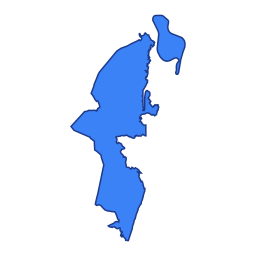 the district of Central 1 Mahe, Seychelles
{"feature_id": "34574756B27990728867894", "entity_name": "Central 1 Mahe", "entity_type": "district", "adm_level": 2, "iso_a3": "SYC", "parent_name": "Seychelles", "parent_adm1": "", "projection": "equal_earth", "projection_center": [55.458, -4.627], "detail": "fine", "context": "isolated", "style": "filled", "palette": "blue", "viewbox_px": 256, "rotation_deg": 0, "n_neighbors": 0, "source": "geoboundaries", "source_scale": "gbopen_adm2", "svg_char_len": 5815}
<svg xmlns="http://www.w3.org/2000/svg" viewBox="0 0 256 256"><path d="M154.6,42.4L153.6,41.3L153.3,41.6L152.5,40.8L151.2,40.1L148.9,36.1L148.8,35.1L147.4,34.9L145.3,33.0L144.9,33.2L143.7,35.4L142.6,35.8L141.3,35.9L140.8,35.7L139.8,33.6L139.4,33.6L139.2,34.2L139.9,36.4L141.6,37.7L141.8,38.2L141.3,39.5L140.9,40.1L140.1,40.7L139.2,39.8L136.4,41.4L131.3,43.7L127.5,45.9L121.0,48.3L116.9,51.0L99.5,72.0L98.1,74.5L96.2,79.5L94.3,84.0L93.8,86.3L91.7,92.0L91.3,92.8L91.2,93.6L92.3,94.8L93.5,96.6L95.1,99.7L96.6,101.4L97.4,100.9L98.5,102.1L98.5,102.8L99.3,104.5L99.8,107.2L99.2,107.5L97.8,108.5L98.0,108.8L96.7,110.2L97.1,110.6L96.5,111.0L95.3,110.4L93.6,110.3L91.1,110.5L88.9,110.3L86.9,111.3L84.6,111.6L71.0,126.5L74.0,130.3L90.2,137.3L90.4,138.3L94.3,141.2L94.7,150.0L96.5,151.1L100.9,154.9L101.5,157.9L103.8,164.9L97.8,193.8L96.7,197.9L95.3,204.2L96.5,205.4L99.1,204.8L101.0,205.6L102.8,207.8L105.1,210.0L107.7,211.0L109.7,211.1L111.2,211.5L114.9,211.9L115.5,213.0L116.7,215.7L117.7,219.0L119.2,220.3L118.4,221.3L118.6,222.1L117.0,221.5L115.4,221.7L114.0,223.1L108.3,225.8L109.4,226.8L112.4,227.4L113.6,226.7L114.3,226.9L115.8,227.8L116.5,228.5L117.8,228.7L119.1,227.9L120.1,228.0L120.0,229.8L120.3,230.8L120.9,231.0L120.9,231.8L122.1,231.8L122.3,232.5L121.5,233.0L120.6,235.3L121.1,236.2L121.8,236.9L121.9,237.5L122.0,236.7L121.6,235.9L121.4,235.1L121.8,234.8L123.0,235.1L123.0,235.5L122.2,235.4L122.3,236.0L123.4,236.5L125.4,238.8L125.7,240.3L128.3,240.6L132.2,228.8L132.6,225.9L133.7,223.0L134.1,220.6L135.2,218.6L136.2,214.5L138.0,209.9L138.1,208.6L140.3,204.7L141.1,203.9L141.6,201.0L142.0,200.5L142.6,198.7L143.8,193.7L144.7,191.1L144.9,188.5L144.1,188.6L143.8,187.2L143.3,185.7L142.6,182.4L141.8,181.1L141.0,181.6L140.6,180.9L140.3,179.5L139.9,178.9L139.4,177.7L138.6,176.0L139.1,175.5L139.2,175.1L139.1,173.7L138.9,173.2L138.1,172.6L137.7,171.9L139.2,172.3L139.9,173.0L141.2,173.0L139.8,171.7L138.9,170.2L138.1,169.4L135.3,167.8L134.1,168.7L132.0,167.3L131.0,169.1L129.6,168.1L129.1,167.6L128.2,167.3L127.3,167.4L126.4,166.8L125.5,161.7L125.9,160.9L126.1,160.0L126.2,158.2L126.0,157.5L124.7,156.6L124.4,157.1L123.9,157.3L123.5,157.2L123.3,156.8L123.1,155.3L122.5,154.6L121.3,153.5L120.6,152.4L120.5,151.6L120.5,151.2L121.3,150.4L121.3,150.0L121.6,149.5L124.1,148.8L124.5,148.5L124.6,148.1L124.1,147.3L122.5,146.2L121.4,144.0L120.9,143.6L119.7,143.1L118.5,142.4L117.6,143.5L116.7,143.0L116.3,142.1L116.4,141.6L116.9,140.9L116.9,138.6L116.0,137.5L116.1,136.7L120.4,136.1L121.0,135.7L121.7,135.5L122.3,135.5L123.6,135.8L125.2,135.6L125.7,135.2L126.2,135.4L126.8,135.1L128.9,136.6L129.3,136.5L129.8,137.0L130.5,136.6L131.3,137.5L133.1,138.1L134.1,138.2L134.6,137.8L134.9,136.9L134.8,136.5L135.2,135.9L135.8,136.3L136.1,136.0L136.3,135.4L136.7,135.2L137.3,135.8L138.5,136.1L139.0,135.8L140.4,136.1L141.4,135.8L142.6,134.3L144.7,135.6L145.9,135.8L145.8,125.0L145.0,125.2L143.5,125.0L142.1,123.6L141.9,123.1L141.7,123.7L141.7,123.0L140.6,121.6L140.1,121.5L140.4,121.3L140.4,120.1L141.5,118.8L141.4,118.4L141.1,118.4L141.0,118.2L141.4,118.0L141.3,117.8L140.8,118.4L140.6,118.0L140.2,118.4L140.1,118.2L139.6,118.3L139.9,116.9L140.3,116.0L141.2,114.9L142.0,114.3L144.8,114.0L145.6,113.4L147.2,112.9L149.9,113.6L151.2,114.9L153.1,115.0L153.1,114.7L153.7,114.8L154.1,115.2L154.7,115.4L154.8,115.7L156.4,114.6L157.4,110.9L157.3,110.5L157.6,110.2L157.9,110.3L158.7,107.1L158.3,107.0L158.1,106.1L158.1,104.9L157.8,104.8L157.7,105.5L157.4,105.6L156.4,104.9L155.4,104.9L155.0,105.3L154.8,104.9L153.5,106.2L153.7,106.7L152.6,107.0L152.3,106.7L150.0,103.8L149.6,103.2L149.5,102.6L150.2,101.9L150.4,102.1L150.8,101.4L148.8,98.7L148.6,99.0L148.1,98.1L149.8,95.6L149.9,93.0L149.5,92.2L147.3,90.6L146.7,90.6L146.0,91.2L145.4,92.6L144.7,97.4L144.6,109.2L144.2,110.5L142.8,110.5L142.8,110.0L143.9,109.9L143.8,109.2L143.9,108.7L143.7,108.2L143.7,107.7L143.1,107.6L142.9,107.3L142.4,107.3L143.0,107.1L142.9,101.2L142.3,101.0L142.3,100.7L142.9,100.6L142.9,96.3L142.8,96.1L142.3,96.1L142.3,95.9L142.9,95.8L142.9,90.5L145.9,85.5L146.9,82.8L147.4,82.8L147.5,82.6L147.5,82.4L147.1,82.5L147.6,80.5L147.5,80.1L147.3,79.9L146.2,79.9L145.8,78.6L145.6,78.4L145.7,77.2L146.3,77.3L146.3,76.8L146.9,76.8L147.1,76.5L147.1,76.1L147.8,73.9L147.9,72.1L146.4,72.2L146.3,71.5L145.6,70.7L147.8,70.9L148.0,69.1L148.5,67.1L147.2,66.5L147.3,66.2L147.0,66.1L147.2,65.5L147.5,65.5L147.9,65.1L147.9,64.7L147.6,64.5L147.9,64.4L147.9,64.0L147.5,63.8L149.3,62.9L149.2,62.4L149.3,62.2L149.2,61.9L149.3,61.5L149.8,61.0L150.2,61.1L150.5,60.7L150.2,60.0L149.5,60.1L148.9,59.3L148.6,59.2L149.0,59.0L149.0,58.5L148.9,58.3L148.5,58.3L148.4,58.0L148.9,57.9L148.9,57.7L149.6,57.9L149.7,57.5L149.3,57.2L149.2,56.8L148.7,56.7L149.0,56.4L148.7,55.7L148.4,55.9L148.0,55.6L148.0,55.3L148.4,55.4L148.6,55.2L148.5,54.5L148.8,54.2L148.7,53.3L148.9,52.5L148.8,52.3L148.4,52.4L148.2,52.0L148.5,51.1L149.1,51.3L149.3,50.7L149.7,50.2L149.1,49.8L149.3,49.3L149.6,49.1L150.4,49.4L150.5,49.1L150.8,48.8L150.8,48.0L151.0,47.6L150.3,47.2L150.3,46.9L150.8,45.4L151.1,44.8L152.7,46.7L154.1,45.0L153.8,44.5L154.0,44.1L154.6,42.4ZM181.8,37.6L171.3,33.5L170.4,32.9L169.7,32.3L168.7,30.9L168.1,29.3L167.8,27.5L167.9,25.6L168.5,22.6L168.5,21.3L168.3,20.8L168.0,20.2L163.3,16.1L162.5,15.7L161.2,15.4L155.7,15.5L154.9,15.7L154.1,16.1L153.7,16.5L153.2,17.3L152.8,18.9L152.9,20.5L158.1,31.1L158.7,33.5L158.6,35.8L157.2,48.6L157.4,50.7L157.9,52.4L160.1,56.7L161.2,58.1L163.0,59.8L164.7,60.7L165.2,60.7L165.6,61.0L167.0,61.2L169.7,60.7L174.6,58.1L175.7,57.8L176.9,58.0L178.6,59.5L178.8,59.9L178.9,60.7L178.7,61.2L177.6,62.5L176.9,63.9L176.5,65.1L176.3,67.6L176.5,70.0L175.8,72.3L175.8,73.3L176.2,74.0L176.7,74.3L177.3,74.3L178.1,73.8L178.6,72.5L180.8,59.5L183.0,51.9L184.7,47.3L184.9,46.3L185.0,43.6L184.8,42.3L184.2,40.5L183.3,39.1L181.8,37.6Z" fill="#3b82f6" stroke="#1e3a8a" stroke-width="1.5"/></svg>